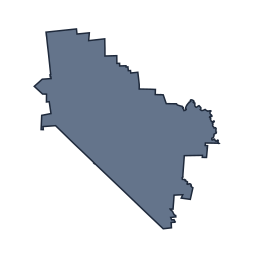 the district of Méndez, Tamaulipas, Mexico, rotated 264°
{"feature_id": "50627088B67247085370697", "entity_name": "Méndez", "entity_type": "district", "adm_level": 2, "iso_a3": "MEX", "parent_name": "Mexico", "parent_adm1": "Tamaulipas", "projection": "robinson", "projection_center": [-98.5, 25.209], "detail": "fine", "context": "isolated", "style": "filled", "palette": "slate", "viewbox_px": 256, "rotation_deg": 264, "n_neighbors": 0, "source": "geoboundaries", "source_scale": "gbopen_adm2", "svg_char_len": 5383}
<svg xmlns="http://www.w3.org/2000/svg" viewBox="0 0 256 256"><g transform="rotate(264 128 128)"><path d="M24.1,152.5L24.2,160.8L26.9,160.9L27.5,160.9L27.5,161.0L29.5,161.0L29.4,164.1L29.5,164.0L29.5,164.5L29.9,164.6L29.9,164.8L30.0,165.0L30.4,164.7L31.3,164.5L31.6,164.2L31.8,164.1L32.0,164.1L32.0,163.4L32.1,162.5L32.1,161.8L34.6,161.1L34.6,166.3L36.0,166.3L36.3,165.6L36.7,165.2L36.8,164.9L37.1,164.7L37.4,164.7L37.5,164.6L37.8,164.5L38.2,164.3L38.6,164.2L39.0,164.0L39.7,163.8L39.9,163.7L40.4,163.6L40.5,163.5L40.6,163.4L41.1,163.0L41.2,162.8L41.3,162.6L41.5,162.4L42.1,162.0L42.5,161.6L43.0,161.4L42.6,164.3L49.6,165.6L56.4,166.8L56.2,170.8L55.9,175.5L52.7,173.6L50.5,182.5L61.8,186.3L62.1,185.7L62.9,185.2L63.5,184.6L63.9,184.5L64.1,184.7L64.2,184.9L64.3,184.9L64.7,184.9L65.2,184.7L65.4,184.6L65.6,184.5L66.0,183.9L66.0,183.4L66.2,183.2L66.3,182.9L66.0,182.6L65.7,181.8L65.8,181.2L66.0,180.9L66.4,180.9L66.8,181.2L67.7,181.4L68.0,181.5L68.3,181.5L68.8,180.8L68.8,180.6L69.4,180.1L69.5,179.9L69.4,179.5L69.7,179.3L70.0,179.4L70.1,179.6L70.3,179.7L70.6,179.3L70.7,179.2L70.9,179.0L70.9,178.4L71.2,176.7L72.1,176.7L72.8,176.6L73.0,176.8L73.3,177.1L73.3,177.3L73.5,177.5L73.7,177.3L73.9,177.4L77.9,178.1L94.6,181.1L93.0,199.2L91.0,198.8L90.5,203.0L99.6,204.8L99.8,204.6L99.9,204.9L102.1,205.3L102.5,202.9L105.0,203.4L104.0,211.5L103.4,216.3L103.2,216.4L103.2,216.9L103.7,216.5L104.2,216.0L104.4,216.0L105.2,216.2L105.8,216.3L106.1,216.4L106.3,216.4L106.5,216.0L106.6,215.8L106.3,215.4L106.1,215.3L106.1,215.2L105.9,215.1L105.8,214.9L105.7,214.8L105.7,214.6L105.7,214.4L105.7,214.2L105.9,214.1L106.2,213.6L106.5,213.5L106.6,213.3L106.9,213.1L107.4,213.1L107.9,212.9L108.0,212.7L107.8,212.1L107.6,211.8L107.4,211.5L107.3,211.2L107.3,210.7L107.3,210.4L107.5,210.2L108.3,210.1L108.8,210.2L109.0,210.3L109.2,210.6L109.2,210.8L109.2,211.0L109.5,211.6L109.7,211.9L109.8,212.0L111.5,212.8L111.9,212.7L112.5,212.8L112.9,213.0L113.0,213.2L113.1,213.6L113.4,214.3L113.4,214.5L113.5,214.9L113.6,215.0L113.8,215.2L114.0,215.3L114.4,215.4L114.4,215.0L114.7,215.0L116.0,215.2L117.0,215.2L117.3,215.3L117.7,215.5L118.1,215.6L118.7,215.4L118.8,215.3L119.1,215.1L119.2,214.8L119.0,213.7L119.5,213.7L120.8,212.6L121.0,212.5L121.3,212.4L121.8,212.4L122.0,212.6L122.3,212.8L122.7,212.8L122.9,212.6L123.8,212.4L124.0,212.6L124.0,213.0L124.5,213.3L124.7,213.6L125.0,214.0L125.2,214.4L125.5,214.5L125.8,214.4L125.7,214.1L125.7,213.9L125.9,213.9L126.0,213.8L125.8,213.4L125.6,213.3L125.6,213.2L125.4,213.0L125.5,212.1L125.5,211.9L125.8,211.6L126.3,211.5L126.5,211.4L126.9,211.3L127.3,211.1L127.6,211.1L127.8,210.9L128.4,210.9L128.6,211.1L128.8,211.2L128.9,211.3L129.2,211.3L129.5,211.3L129.7,211.2L129.8,211.0L129.9,210.9L129.7,210.7L129.9,210.3L130.2,210.2L130.4,210.3L130.6,210.4L130.7,210.6L130.9,211.0L131.0,212.1L130.9,212.6L131.0,212.6L131.5,212.7L131.8,212.6L132.2,212.1L132.3,212.1L132.3,211.9L132.6,211.7L132.8,211.6L133.0,211.5L133.2,211.4L133.5,211.2L134.1,211.1L134.9,211.2L135.5,211.4L135.7,211.5L135.9,211.6L135.9,211.8L136.0,212.1L136.2,212.3L136.3,212.3L136.4,212.2L136.5,211.9L136.6,211.5L136.6,211.1L136.5,210.4L136.4,210.1L136.4,209.9L136.4,209.7L136.6,209.5L136.6,209.4L136.4,209.0L137.8,207.1L138.4,206.6L138.2,206.1L138.1,205.7L137.9,205.3L137.9,205.2L137.7,204.8L137.6,203.4L137.6,203.2L138.4,202.0L138.5,201.9L138.8,201.8L138.9,202.1L139.1,202.3L139.7,202.5L139.9,202.5L140.4,202.6L140.6,202.6L140.8,202.5L141.1,202.2L141.6,201.9L141.7,201.7L141.9,201.7L142.5,201.2L142.8,201.0L142.8,200.7L142.3,199.9L142.3,199.6L142.1,199.4L142.0,199.2L141.8,198.9L141.4,198.1L141.6,197.7L142.5,197.0L143.0,196.9L143.4,196.8L143.7,196.8L144.1,196.8L144.5,197.0L144.9,197.0L145.1,197.0L145.3,197.1L145.5,197.1L145.8,197.1L145.9,196.9L146.0,196.9L146.2,196.6L146.3,196.3L146.2,196.0L146.2,195.9L146.7,195.6L146.8,195.5L147.0,195.6L147.2,195.9L147.6,196.4L147.9,196.3L148.2,196.1L148.5,195.8L148.6,195.6L149.0,195.1L149.4,194.1L149.4,193.9L149.4,193.7L149.4,193.3L149.2,193.1L149.0,192.9L148.8,192.8L148.7,192.8L148.0,193.0L148.0,192.9L147.8,192.7L147.5,192.3L147.3,191.9L147.2,191.8L147.3,191.6L147.1,191.5L146.8,191.2L146.7,191.1L146.4,190.6L145.1,189.4L144.9,189.1L144.7,189.1L143.9,188.4L143.5,188.2L143.1,188.0L142.7,187.7L141.4,187.2L141.2,187.3L141.1,187.6L140.9,187.7L140.8,187.8L140.5,187.9L140.2,187.7L139.9,187.3L139.5,186.5L139.5,185.4L140.7,185.4L141.0,185.1L141.2,184.9L141.7,184.6L142.4,185.1L142.6,185.1L142.8,185.0L143.2,184.3L143.3,184.1L143.5,184.0L143.8,184.1L144.0,184.0L144.0,183.7L144.1,183.3L144.3,182.9L144.4,182.6L145.8,179.4L147.0,178.8L148.2,168.6L157.3,166.5L157.5,165.3L157.8,164.0L157.7,163.9L158.4,158.6L163.5,159.3L164.2,154.4L165.6,143.2L168.9,143.6L169.9,143.7L174.2,143.7L182.4,143.6L182.4,136.5L184.9,136.5L185.0,134.3L188.8,134.3L188.8,132.5L190.1,132.5L190.6,126.2L193.2,126.4L193.4,123.7L201.1,124.4L202.0,112.6L209.7,113.4L212.3,113.6L219.1,114.2L219.0,98.0L226.7,99.5L226.8,87.1L231.9,87.1L231.9,86.8L231.9,75.2L231.9,56.5L229.4,56.5L229.5,56.6L228.0,56.6L219.0,56.6L211.4,56.7L209.6,56.7L189.2,56.7L189.1,56.0L187.1,56.0L187.1,56.6L185.2,56.7L185.5,47.8L179.2,39.1L170.7,46.6L170.2,50.5L162.4,49.6L162.4,52.4L157.6,52.6L150.4,52.9L150.1,49.3L149.6,43.5L135.5,41.4L135.2,43.6L138.3,43.6L137.9,56.2L118.4,72.4L100.2,87.9L96.9,90.6L96.6,90.3L96.0,90.8L96.3,91.1L68.0,115.2L40.1,138.8L24.1,152.5Z" fill="#64748b" stroke="#1e293b" stroke-width="1.5"/></g></svg>